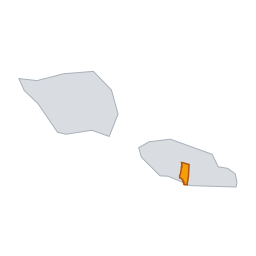 Siumu, Tuamasaga, Samoa (highlighted), rotated 2°
{"feature_id": "51752279B86621231996740", "entity_name": "Siumu", "entity_type": "district", "adm_level": 2, "iso_a3": "WSM", "parent_name": "Samoa", "parent_adm1": "Tuamasaga", "projection": "robinson", "projection_center": [-171.773, -13.986], "detail": "fine", "context": "in_parent", "style": "filled", "palette": "amber", "viewbox_px": 256, "rotation_deg": 2, "n_neighbors": 0, "source": "geoboundaries", "source_scale": "gbopen_adm2", "svg_char_len": 1547}
<svg xmlns="http://www.w3.org/2000/svg" viewBox="0 0 256 256"><g transform="rotate(2 128 128)"><path d="M91.4,72.6L110.1,90.6L117.6,114.4L109.5,137.1L91.9,131.5L66.3,136.4L57.7,134.7L37.2,106.8L23.0,94.2L17.2,82.4L35.4,83.8L61.8,76.0L91.4,72.6ZM238.0,183.2L192.3,183.4L169.8,174.8L161.7,174.7L142.4,156.7L139.4,147.2L149.6,141.0L170.7,137.7L213.1,151.4L219.5,163.6L229.2,164.9L236.8,170.1L238.8,178.7L238.0,183.2Z" fill="#d9dde1" stroke="#a8b0b8" stroke-width="1"/><path d="M190.3,162.4L186.8,161.5L185.6,161.2L184.2,160.8L183.6,160.8L182.7,160.6L183.3,164.8L182.8,164.7L182.6,167.8L182.2,171.0L181.9,172.7L181.3,173.4L181.3,175.4L181.3,176.1L181.5,176.1L181.8,176.1L182.1,176.1L182.3,176.2L182.5,176.3L182.7,176.5L182.8,176.6L183.0,176.6L183.3,176.6L183.5,176.7L183.6,176.8L183.7,177.0L183.8,177.0L183.8,176.9L184.0,176.7L183.9,176.8L183.8,177.1L183.7,177.3L183.8,177.5L184.0,177.7L184.3,177.7L184.4,177.8L184.4,178.1L184.5,178.2L184.5,178.3L184.6,178.6L184.5,178.9L184.5,179.0L184.7,179.3L184.8,179.2L184.8,179.3L184.8,179.5L184.9,179.8L185.0,179.9L185.2,180.0L185.3,179.9L185.5,179.9L185.6,180.0L185.8,180.2L185.9,180.3L186.0,180.4L186.0,180.5L186.1,180.8L185.9,180.9L185.7,181.0L185.5,181.3L185.5,181.6L185.5,181.9L185.6,182.0L185.7,182.3L185.8,182.4L186.0,182.5L186.3,182.7L186.5,182.7L186.7,182.8L186.8,182.8L187.0,182.8L187.3,182.7L187.5,182.5L187.8,182.5L188.0,182.6L188.3,182.6L188.5,182.6L188.8,182.8L189.0,182.9L189.4,179.2L189.7,177.1L190.2,173.5L190.1,171.8L190.3,162.4Z" fill="#f59e0b" stroke="#b45309" stroke-width="1.5"/></g></svg>